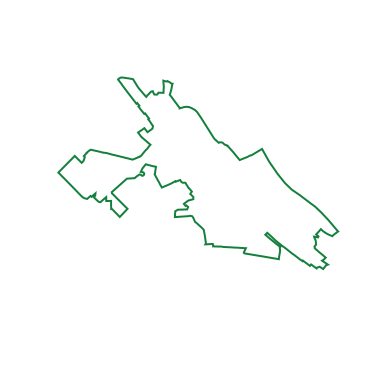 the district of Līvāni, Livanu, Latvia, rotated 148°
{"feature_id": "27541924B22543300679500", "entity_name": "Līvāni", "entity_type": "district", "adm_level": 2, "iso_a3": "LVA", "parent_name": "Latvia", "parent_adm1": "Livanu", "projection": "orthographic", "projection_center": [26.183, 56.355], "detail": "fine", "context": "isolated", "style": "outline", "palette": "green", "viewbox_px": 384, "rotation_deg": 148, "n_neighbors": 0, "source": "geoboundaries", "source_scale": "gbopen_adm2", "svg_char_len": 5718}
<svg xmlns="http://www.w3.org/2000/svg" viewBox="0 0 384 384"><g transform="rotate(148 192 192)"><path d="M202.9,134.7L202.0,134.3L201.8,133.9L200.7,133.2L200.4,133.0L196.7,130.6L196.1,130.2L194.3,128.6L192.4,127.3L190.0,125.6L189.5,125.3L185.2,122.2L182.8,120.6L179.8,118.4L179.3,118.1L177.4,116.7L177.0,116.3L176.4,116.0L176.1,115.8L180.9,112.7L180.7,112.8L180.0,112.1L172.2,105.2L164.7,98.6L158.9,93.4L156.4,91.2L154.6,89.6L154.3,89.3L154.0,89.0L152.1,91.3L150.1,93.5L149.1,94.7L148.5,95.3L147.8,96.7L147.1,98.2L146.2,98.6L147.1,101.0L148.0,103.3L149.4,107.4L150.8,111.5L151.6,114.2L152.4,116.9L151.7,117.0L149.8,117.5L148.6,113.3L146.8,106.5L146.7,106.1L145.4,102.3L144.9,101.0L144.9,100.9L143.8,97.8L143.7,97.5L143.1,96.3L142.7,95.2L142.3,94.0L141.7,92.5L140.4,88.7L139.7,86.7L139.2,85.6L138.6,84.2L138.1,82.9L137.4,80.9L137.2,80.5L136.4,78.2L135.9,77.1L135.5,76.1L135.1,75.1L134.9,74.7L134.3,75.0L132.3,69.9L131.2,66.9L130.9,67.0L129.7,67.4L129.6,67.5L129.4,67.5L129.3,67.3L128.1,64.2L126.8,61.1L125.9,61.6L123.3,60.9L121.6,57.2L119.8,57.8L117.3,58.7L117.2,58.8L115.2,58.4L118.1,64.8L116.1,64.8L113.4,65.5L114.0,67.4L114.6,69.4L115.5,72.0L116.4,74.7L116.9,76.7L117.2,77.4L117.4,78.0L117.5,78.3L117.5,78.8L117.6,79.4L117.6,79.6L117.4,79.9L117.2,80.1L116.9,80.6L116.9,80.9L116.6,81.0L114.7,81.6L114.6,82.2L114.0,82.9L113.2,84.4L112.7,85.8L112.4,88.4L112.1,89.4L109.2,86.7L108.3,87.3L109.2,90.2L103.9,91.7L102.4,92.2L101.6,89.2L100.1,85.9L98.8,83.6L96.9,80.9L96.4,80.2L95.4,80.4L94.7,80.6L89.0,81.1L89.1,81.4L91.3,96.5L93.4,106.8L95.4,114.5L97.1,118.7L102.4,132.6L106.1,141.0L108.4,150.2L109.8,161.9L110.5,176.8L109.8,191.4L116.1,191.5L120.3,191.6L122.2,191.6L123.1,192.1L126.9,192.4L132.1,193.4L134.6,193.8L135.5,200.5L135.9,203.9L137.0,210.0L137.2,212.0L137.7,212.1L137.7,213.1L137.9,213.4L139.2,214.8L139.3,215.3L139.9,217.6L140.9,218.6L142.3,219.5L143.2,219.5L144.7,224.5L144.9,226.2L145.0,248.2L145.0,250.2L145.3,257.2L145.5,258.0L146.0,259.9L147.5,262.7L149.2,265.3L151.7,267.3L153.4,268.1L155.8,268.8L158.2,269.5L158.0,269.9L157.9,270.4L158.0,271.0L158.2,272.7L158.3,274.4L158.5,276.9L158.6,277.9L158.7,278.6L158.8,280.1L159.0,283.6L159.4,286.2L158.1,287.2L157.1,288.2L155.5,289.6L154.5,290.7L153.0,292.3L151.9,293.4L151.5,294.1L151.3,294.2L152.0,294.7L152.3,295.8L152.8,297.0L153.9,298.8L154.1,298.6L155.6,299.7L157.3,301.6L159.7,297.1L160.0,296.4L160.5,295.6L161.3,294.6L163.6,291.2L164.0,291.4L167.8,294.0L170.0,293.1L172.3,294.6L172.1,297.5L171.8,298.2L173.0,298.7L173.5,298.7L174.2,298.7L174.8,298.5L175.7,298.3L176.2,298.2L177.4,297.8L178.4,297.7L178.8,297.5L180.4,296.9L180.8,299.0L181.3,302.3L181.9,306.3L182.2,308.2L182.3,310.7L182.2,318.3L182.2,318.9L184.7,321.2L190.5,326.1L191.3,326.5L192.0,326.8L193.8,326.9L194.6,326.8L195.1,326.6L195.1,326.3L194.6,321.5L194.5,319.0L193.8,310.8L192.7,299.7L192.4,296.3L191.3,296.5L190.9,293.1L192.1,293.0L191.9,290.3L191.1,283.5L190.1,283.5L189.7,279.1L189.5,277.0L190.6,276.9L190.4,274.9L190.3,273.9L190.3,271.1L190.1,268.8L190.1,268.6L192.0,266.7L192.5,266.6L198.0,266.3L198.6,271.4L201.1,271.2L206.2,271.0L205.8,265.7L202.2,254.1L204.8,253.3L206.7,252.5L210.1,251.7L213.0,250.7L215.9,249.7L217.8,249.6L217.8,249.8L220.3,250.1L221.6,250.3L225.2,250.9L226.9,252.7L228.6,254.5L230.4,256.3L232.2,258.2L233.5,259.5L234.7,260.8L236.4,262.5L238.0,264.2L239.5,265.6L241.6,267.9L243.7,270.2L244.8,271.2L245.8,271.8L249.4,275.5L253.0,279.1L255.1,281.2L255.8,281.6L257.6,281.5L260.6,281.1L260.6,280.8L264.7,279.8L264.4,278.4L267.4,275.9L270.1,275.2L272.3,284.7L294.7,279.4L295.0,279.3L293.5,272.4L293.4,272.2L290.7,259.9L290.2,257.6L289.2,252.9L289.0,252.0L288.9,251.5L288.8,251.0L288.4,249.2L288.0,247.4L287.7,246.2L287.4,245.4L286.8,244.1L286.7,244.0L286.6,243.8L284.6,241.7L280.1,242.4L279.7,241.1L276.5,241.7L274.6,242.0L276.1,240.1L278.0,239.8L277.9,239.1L277.8,238.5L277.6,237.9L277.5,237.5L277.4,236.8L277.3,236.5L277.1,235.6L276.9,234.9L276.3,233.1L275.1,231.9L271.7,232.5L267.5,233.1L269.5,229.8L267.5,228.6L265.4,227.3L266.9,224.8L267.5,223.9L269.4,220.6L269.6,220.3L268.8,219.8L268.3,217.4L267.8,215.1L267.1,212.1L266.5,209.1L261.0,210.5L255.6,211.9L256.3,214.8L257.0,217.8L258.8,225.6L260.6,233.4L260.1,234.4L250.1,236.1L240.1,237.8L237.0,236.1L233.2,234.1L231.2,234.5L227.2,234.7L226.2,233.7L226.0,232.6L225.2,231.9L224.4,231.8L223.5,232.1L222.9,232.7L222.7,233.6L222.9,234.5L224.8,236.2L223.9,236.7L221.4,238.3L216.5,240.0L214.5,237.8L212.4,235.6L211.0,234.1L210.1,233.4L209.2,232.5L214.1,226.7L214.3,226.7L214.4,225.3L214.5,223.8L214.7,220.6L214.8,218.4L214.9,217.0L215.1,215.1L215.1,213.8L215.1,213.3L215.2,211.8L213.4,211.5L212.5,211.3L211.5,211.2L210.6,211.0L209.3,210.8L208.0,210.6L207.2,210.5L205.9,210.3L201.7,210.0L201.0,210.0L200.6,210.1L200.4,210.1L200.3,209.9L200.2,209.8L200.2,209.3L199.9,209.3L198.3,209.0L197.8,208.9L195.6,208.4L195.6,208.2L195.7,207.9L195.8,207.1L195.8,206.9L195.7,206.5L195.3,205.3L195.1,205.0L194.9,204.7L194.6,204.5L193.4,203.8L192.7,203.3L192.7,203.2L192.8,200.2L192.7,199.7L192.8,198.2L192.8,197.0L192.5,196.7L191.9,192.4L194.5,191.3L193.5,187.0L194.7,185.2L199.7,186.7L202.4,186.5L205.2,186.2L204.8,183.6L203.9,183.6L203.6,182.4L203.2,181.3L205.4,179.8L206.7,180.6L209.1,182.0L211.2,183.2L213.2,184.4L216.3,184.6L218.1,182.2L219.8,179.8L214.0,176.7L208.2,173.6L207.8,173.4L207.5,173.3L207.2,173.2L206.2,172.8L204.8,171.5L204.7,171.4L204.6,169.1L205.2,165.2L205.2,164.8L204.4,162.9L204.1,161.6L203.8,160.5L203.4,159.2L202.7,156.7L202.4,155.4L202.3,154.7L202.2,154.0L202.1,153.6L202.7,152.1L202.9,151.5L203.4,150.3L204.0,148.8L205.1,146.2L206.5,143.1L207.0,142.0L207.3,141.1L208.4,140.5L207.9,140.2L203.3,137.7L203.0,137.6L201.9,136.9L202.6,135.2L202.9,134.7Z" fill="none" stroke="#15803d" stroke-width="2"/></g></svg>